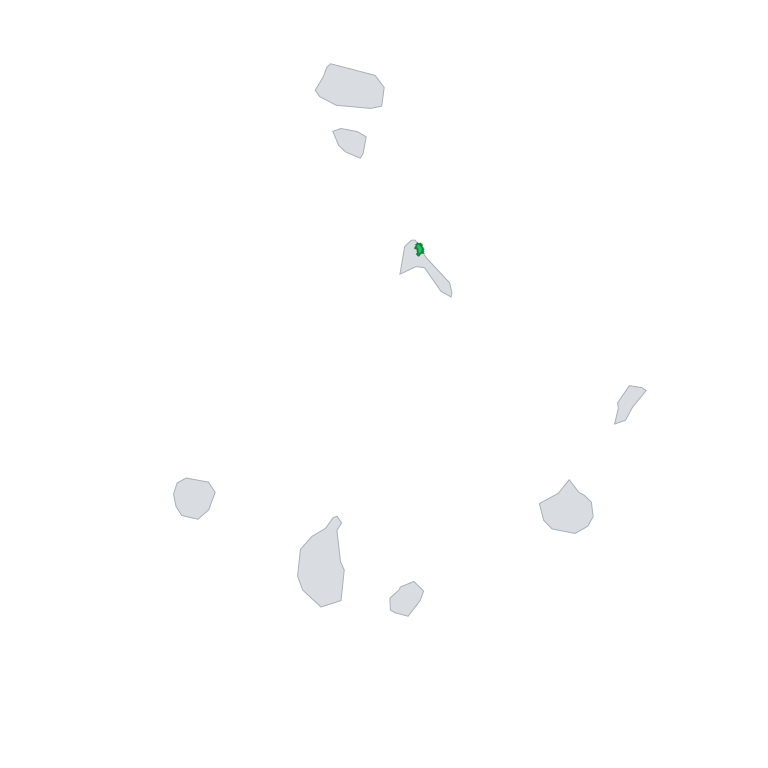 Nossa Senhora Da Lapa, Ribeira Brava, Cabo Verde (highlighted), rotated 40°
{"feature_id": "66160863B12848359802416", "entity_name": "Nossa Senhora Da Lapa", "entity_type": "district", "adm_level": 2, "iso_a3": "CPV", "parent_name": "Cabo Verde", "parent_adm1": "Ribeira Brava", "projection": "orthographic", "projection_center": [-24.326, 16.654], "detail": "fine", "context": "in_parent", "style": "filled", "palette": "green", "viewbox_px": 768, "rotation_deg": 40, "n_neighbors": 0, "source": "geoboundaries", "source_scale": "gbopen_adm2", "svg_char_len": 3863}
<svg xmlns="http://www.w3.org/2000/svg" viewBox="0 0 768 768"><g transform="rotate(40 384 384)"><path d="M490.3,577.5L479.0,595.4L454.1,594.1L441.3,586.7L426.3,564.4L426.8,547.0L432.0,532.0L431.0,519.0L433.1,515.5L440.8,517.7L442.1,526.5L464.7,547.9L473.1,552.1L490.3,577.5ZM168.2,201.2L150.1,205.2L142.5,203.2L140.0,187.7L136.5,177.6L137.3,173.0L178.9,153.3L193.5,156.7L203.6,172.6L196.7,181.4L168.2,201.2ZM587.4,338.3L603.0,341.8L608.9,340.5L618.8,341.2L629.5,351.3L631.5,362.1L626.4,375.7L605.9,387.0L594.0,385.8L579.9,375.7L587.8,355.6L587.4,338.3ZM328.3,607.3L313.6,614.7L303.4,611.5L293.7,603.8L289.1,592.8L292.9,583.2L312.6,572.0L324.3,575.6L330.6,593.1L328.3,607.3ZM369.3,264.4L377.0,270.1L379.5,274.2L368.1,276.4L340.4,268.9L333.0,273.5L325.6,289.6L311.5,265.3L312.5,256.3L315.5,253.7L335.1,260.1L369.3,264.4ZM539.3,552.3L534.1,553.0L526.2,544.3L527.9,532.2L527.0,529.0L533.8,516.1L547.4,517.1L550.9,526.7L551.7,546.4L539.3,552.3ZM220.7,226.3L205.4,230.9L195.9,230.3L182.4,223.4L186.7,216.0L201.4,207.8L211.5,206.1L219.8,220.8L220.7,226.3ZM592.3,256.4L586.4,266.4L579.0,251.8L575.1,248.4L573.0,227.5L583.8,221.1L589.0,220.6L589.3,242.2L592.3,256.4Z" fill="#d9dde1" stroke="#a8b0b8" stroke-width="1"/><path d="M329.6,258.6L329.4,258.6L329.5,258.3L329.4,258.2L329.2,258.0L329.3,258.0L329.2,258.0L329.1,257.9L328.9,257.9L328.7,257.9L328.5,258.0L328.4,257.9L328.3,257.7L328.2,257.6L328.3,257.5L328.3,257.4L328.2,257.4L328.3,257.3L328.4,257.2L328.2,257.2L328.3,257.0L328.3,256.9L328.3,257.0L328.2,257.0L327.9,257.0L327.9,256.9L327.7,256.8L327.7,256.7L327.8,256.6L327.8,256.4L327.7,256.4L327.7,256.2L327.6,256.3L327.5,256.2L327.4,256.2L327.1,256.0L327.2,255.9L327.2,256.0L327.2,255.9L327.1,255.6L326.9,255.7L326.8,255.4L326.7,255.3L326.5,255.2L326.4,255.2L326.2,255.1L326.1,254.9L326.0,255.0L325.8,255.1L325.7,255.0L325.8,254.9L325.7,254.8L325.6,254.7L325.4,254.7L325.3,254.8L325.2,254.8L325.1,254.7L325.0,254.8L324.9,254.7L324.7,254.7L324.4,254.5L324.1,254.7L323.9,254.7L323.9,254.4L323.8,254.5L323.7,254.6L323.4,254.5L323.3,254.4L323.3,254.1L323.3,253.9L323.4,253.7L323.2,253.4L322.9,253.4L322.7,253.3L322.8,253.2L322.7,253.2L322.7,253.4L322.7,253.2L322.6,253.3L322.6,253.2L322.4,253.2L322.3,253.3L322.2,253.3L322.2,253.2L321.9,253.1L321.7,253.0L321.4,253.2L321.4,253.4L321.3,253.5L321.2,253.7L321.2,253.8L320.9,254.0L320.7,254.1L320.4,254.3L320.5,254.4L320.4,254.4L320.4,254.5L320.2,254.7L319.9,254.8L319.7,254.8L319.7,254.7L319.7,254.8L319.4,255.0L319.3,254.9L319.3,255.1L319.3,255.4L319.4,255.5L319.5,255.7L319.5,255.8L319.4,255.9L319.3,256.0L319.5,256.3L319.4,256.4L319.5,256.4L319.5,256.5L319.8,256.9L319.8,257.1L320.2,257.4L320.2,257.5L320.3,257.6L320.2,257.7L320.1,257.8L320.0,258.0L320.1,258.4L320.3,258.5L320.3,259.1L320.2,259.3L320.3,259.6L320.4,259.8L320.4,260.1L320.5,260.2L320.8,260.2L320.9,259.9L321.0,259.9L321.2,259.7L321.3,259.4L321.4,259.2L321.5,259.1L321.8,258.8L322.2,258.6L322.3,258.6L322.3,258.8L322.2,259.0L322.3,259.0L322.4,259.3L322.5,259.3L322.6,259.5L322.9,259.5L323.0,259.5L323.4,259.4L323.5,259.5L323.9,259.7L323.9,259.9L323.9,260.0L323.9,260.3L324.0,260.3L324.0,260.6L324.2,260.8L324.4,260.8L324.5,260.9L324.6,261.0L324.8,261.1L324.9,261.3L325.2,261.4L325.4,261.3L325.6,261.2L325.7,261.3L325.8,261.3L326.1,261.5L325.7,262.1L325.6,262.4L325.5,262.7L325.5,262.8L325.6,263.0L325.7,263.3L325.8,263.4L326.1,263.4L326.2,263.5L326.4,263.5L326.6,263.5L326.8,263.6L327.2,263.7L327.3,263.6L327.6,263.5L327.8,263.5L328.0,263.5L328.0,263.3L328.2,263.2L328.1,262.8L328.2,262.6L328.1,262.2L328.0,261.9L327.9,261.7L328.0,261.6L327.9,261.5L327.9,261.3L327.8,261.2L327.8,260.9L328.0,260.7L328.4,260.2L328.4,259.9L328.4,259.7L328.5,259.3L328.5,259.2L328.4,259.1L328.5,259.0L328.5,258.8L328.4,258.7L328.6,258.6L328.8,258.4L328.9,258.5L329.1,258.5L329.3,258.7L329.5,258.7L329.6,258.6Z" fill="#22c55e" stroke="#15803d" stroke-width="1.5"/></g></svg>